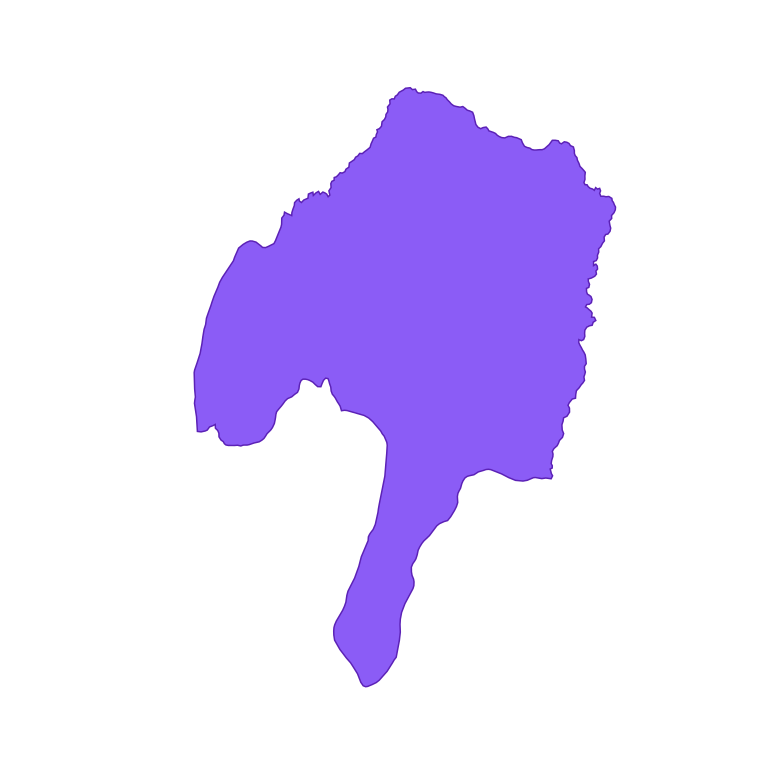 Frutal, Minas Gerais, Brazil (Equal Earth projection), rotated 19°
{"feature_id": "56859067B40089466397834", "entity_name": "Frutal", "entity_type": "district", "adm_level": 2, "iso_a3": "BRA", "parent_name": "Brazil", "parent_adm1": "Minas Gerais", "projection": "equal_earth", "projection_center": [-48.989, -20.109], "detail": "fine", "context": "isolated", "style": "filled", "palette": "violet", "viewbox_px": 768, "rotation_deg": 19, "n_neighbors": 0, "source": "geoboundaries", "source_scale": "gbopen_adm2", "svg_char_len": 6130}
<svg xmlns="http://www.w3.org/2000/svg" viewBox="0 0 768 768"><g transform="rotate(19 384 384)"><path d="M505.4,118.3L503.5,117.1L501.0,115.7L498.5,114.5L496.5,111.9L494.0,109.4L492.7,107.1L490.4,105.8L488.9,103.9L488.0,101.3L485.9,98.2L482.7,97.9L480.6,96.3L478.2,95.9L475.6,96.3L473.6,99.1L471.6,99.0L469.6,97.3L466.5,97.8L463.8,98.8L462.2,103.9L459.1,109.4L457.2,111.0L454.6,111.9L451.7,113.2L449.7,113.9L447.4,114.2L445.2,113.5L442.2,113.8L439.4,113.5L436.5,111.0L434.2,108.3L429.3,107.9L427.0,108.3L423.9,108.3L420.9,109.4L418.1,112.0L415.1,112.7L412.4,112.5L410.2,112.0L407.9,110.8L405.5,110.5L400.8,110.5L399.0,108.9L396.9,107.8L394.2,109.3L392.3,111.1L389.2,110.6L386.4,108.7L383.3,103.9L381.6,101.0L379.3,98.2L376.3,97.9L373.6,98.0L371.0,96.9L368.2,96.0L365.8,97.5L361.5,98.1L359.3,98.2L356.4,97.3L354.0,95.9L351.3,94.6L349.4,93.2L347.5,92.7L345.7,91.8L342.6,91.9L338.9,92.7L335.9,92.7L333.3,92.9L331.3,93.3L329.4,94.1L327.6,95.0L325.7,94.8L324.2,97.0L321.6,97.7L319.8,97.0L317.7,95.0L315.0,96.4L312.4,95.3L308.0,97.4L306.6,99.7L303.4,103.2L302.5,106.3L301.0,108.3L300.9,111.1L298.6,111.8L297.0,113.7L298.5,117.1L297.1,121.0L298.3,123.0L298.9,125.5L298.1,128.4L298.7,130.9L298.3,133.7L296.8,136.7L297.7,141.1L296.5,144.0L294.5,145.9L295.8,147.8L295.5,150.6L295.9,153.2L294.1,155.0L293.9,158.2L293.6,161.0L293.8,164.8L291.7,168.2L289.8,171.0L288.5,173.2L285.9,173.9L285.0,176.9L283.3,178.8L282.9,181.5L281.2,183.8L279.3,186.3L280.2,190.4L278.1,193.3L277.9,196.0L275.8,198.2L273.7,198.5L272.7,201.2L271.5,203.6L269.7,205.0L270.5,207.6L268.7,209.4L268.5,211.9L270.0,215.5L269.0,219.3L271.3,223.0L270.2,225.1L268.0,223.1L265.8,222.5L263.7,222.4L261.9,225.5L259.4,223.2L257.4,225.5L255.8,228.7L254.3,225.8L252.7,227.1L250.7,229.0L251.6,233.1L248.3,236.1L246.8,239.3L244.5,238.6L243.3,236.6L241.7,238.6L240.4,241.6L241.1,244.5L241.0,248.0L241.1,251.9L241.9,254.8L239.4,254.6L237.0,254.4L234.0,253.9L234.5,256.9L233.3,260.4L235.2,266.4L235.5,269.3L234.7,284.0L234.2,287.1L229.8,291.6L227.6,293.6L224.7,294.4L222.9,293.6L216.8,291.5L212.9,291.7L210.7,292.4L208.1,294.6L205.4,297.8L202.3,302.8L201.5,312.8L201.5,316.6L196.5,335.7L195.5,341.3L195.4,346.7L194.7,356.5L194.7,363.0L194.8,366.2L194.7,373.5L194.7,379.6L196.0,385.9L196.1,390.9L197.3,398.0L198.8,405.5L199.4,409.7L200.2,415.0L200.4,424.9L200.4,432.5L200.8,435.0L206.6,450.4L209.9,457.7L210.4,460.9L211.1,464.0L217.4,476.0L223.0,489.6L226.7,488.8L230.3,486.6L231.9,485.1L233.0,481.4L235.8,479.1L237.6,477.2L239.0,480.7L241.9,482.1L243.9,484.3L245.2,487.7L248.2,490.1L250.8,490.8L252.5,492.4L254.4,493.1L256.7,492.8L262.4,490.9L265.4,489.6L268.8,489.2L270.8,487.6L274.6,486.2L276.3,485.2L280.3,482.1L284.8,479.3L286.8,476.9L288.2,474.6L288.9,472.1L289.6,469.0L290.9,466.4L291.9,464.3L292.7,461.6L293.2,457.1L292.8,453.9L292.4,451.3L291.7,448.0L291.5,445.2L292.6,442.1L294.1,438.3L295.0,435.7L296.0,432.3L297.6,429.2L300.9,426.2L302.8,423.0L304.9,420.1L305.2,416.4L304.4,412.9L304.2,410.4L304.5,407.6L305.8,405.8L308.2,405.0L310.5,404.7L312.6,404.8L316.1,405.4L319.2,406.9L322.2,408.1L325.2,407.1L325.3,403.8L325.6,400.2L326.9,397.5L329.3,397.1L330.7,398.8L332.5,401.5L334.7,404.3L336.3,407.8L338.5,410.5L340.4,411.6L342.3,412.9L345.7,416.0L347.8,417.6L349.8,419.3L352.5,423.1L355.2,421.7L357.8,421.1L375.4,420.2L380.5,421.1L385.7,423.3L396.2,429.5L398.5,431.6L401.2,433.3L405.7,438.3L407.0,440.9L409.1,448.4L414.8,470.8L418.6,498.9L419.4,504.0L420.1,507.4L421.5,519.6L421.1,525.1L419.9,528.6L419.3,530.9L419.0,533.6L420.0,537.3L418.8,554.8L419.6,564.7L419.4,577.1L417.4,591.6L417.7,595.9L419.0,602.7L419.0,607.0L418.6,611.4L416.1,623.7L415.8,627.8L416.0,630.6L416.9,634.0L418.3,637.7L420.7,642.3L428.8,649.4L437.8,655.4L443.2,658.5L446.9,661.4L453.3,666.6L459.2,673.6L462.6,676.1L465.2,676.2L467.1,675.2L470.7,672.0L473.9,668.8L475.9,665.7L480.5,654.6L482.8,644.8L483.4,641.7L484.5,638.4L482.0,621.4L480.2,613.3L477.4,606.1L476.0,601.0L475.0,594.2L475.3,584.9L478.0,568.0L477.9,565.0L476.8,561.3L475.5,558.9L472.8,555.8L471.1,552.7L469.5,548.3L469.7,544.5L470.6,541.4L471.1,538.9L471.0,534.7L470.4,530.1L470.8,526.5L471.7,522.4L472.8,519.3L476.3,512.6L480.1,500.8L482.0,497.9L485.6,494.5L488.6,492.4L490.3,487.6L491.8,480.7L492.4,476.3L492.3,472.1L490.0,466.5L489.5,463.4L489.8,460.6L490.3,457.7L490.0,452.9L490.2,450.1L491.1,446.5L492.8,444.2L494.5,443.0L498.6,440.5L501.8,436.4L506.2,433.3L508.2,431.7L510.6,430.6L512.9,430.2L524.3,430.7L532.4,431.9L539.7,432.3L547.0,430.5L550.8,428.4L555.8,423.9L557.7,423.1L564.0,422.1L567.6,420.2L572.9,419.2L573.3,415.9L571.4,414.2L570.2,412.3L568.8,410.3L570.4,408.7L569.7,406.4L568.0,404.9L567.4,401.8L567.3,397.7L566.6,395.2L565.1,392.9L565.7,389.7L567.8,386.0L568.2,383.4L568.3,380.2L570.1,376.4L570.0,372.4L567.5,369.5L565.5,364.7L565.4,360.7L564.8,357.5L567.5,354.9L568.6,350.2L567.2,346.4L564.9,344.2L565.3,341.3L566.9,336.9L569.7,335.1L568.7,331.4L568.1,327.7L569.7,324.2L570.7,320.5L571.7,318.2L572.4,315.3L570.7,312.2L570.7,309.6L570.5,307.1L568.7,304.6L567.8,302.0L568.6,299.0L566.7,294.7L564.8,291.0L562.5,288.7L560.6,287.2L558.8,285.4L556.7,283.6L554.7,281.5L553.8,278.6L556.5,278.8L558.3,277.0L558.4,273.6L557.2,270.8L556.4,267.8L557.2,264.3L559.4,262.0L561.7,260.7L561.7,257.5L563.6,255.0L561.2,252.5L558.5,253.2L557.7,249.2L556.0,247.8L553.4,246.8L551.4,245.9L549.4,245.5L549.8,242.9L552.2,241.7L553.6,239.6L553.2,236.3L551.2,233.9L549.0,233.2L547.1,232.8L545.6,231.0L544.3,227.7L546.2,226.0L545.9,222.9L543.8,220.4L542.9,218.2L545.6,216.3L548.2,213.5L549.1,210.9L547.6,208.2L548.5,205.8L547.3,203.1L545.3,201.7L543.6,203.8L542.3,200.0L544.5,198.2L544.9,195.3L543.9,192.8L544.1,189.4L542.9,186.3L544.3,183.5L544.8,179.8L545.8,176.9L544.3,173.5L544.9,170.5L546.9,169.3L548.0,166.0L547.6,162.8L546.0,160.5L543.9,156.7L545.4,153.4L544.3,150.6L545.7,147.2L546.0,144.0L545.3,141.3L543.5,139.6L541.8,137.6L540.1,136.4L539.0,134.3L535.5,133.5L532.9,134.7L530.7,134.9L527.9,135.9L525.8,133.5L525.9,130.9L524.2,128.8L522.4,130.2L520.2,129.4L519.8,132.4L517.8,131.7L515.0,131.8L512.8,130.9L511.1,129.5L509.2,130.1L507.5,128.5L507.4,125.1L506.2,121.9L505.4,118.3Z" fill="#8b5cf6" stroke="#5b21b6" stroke-width="1.5"/></g></svg>